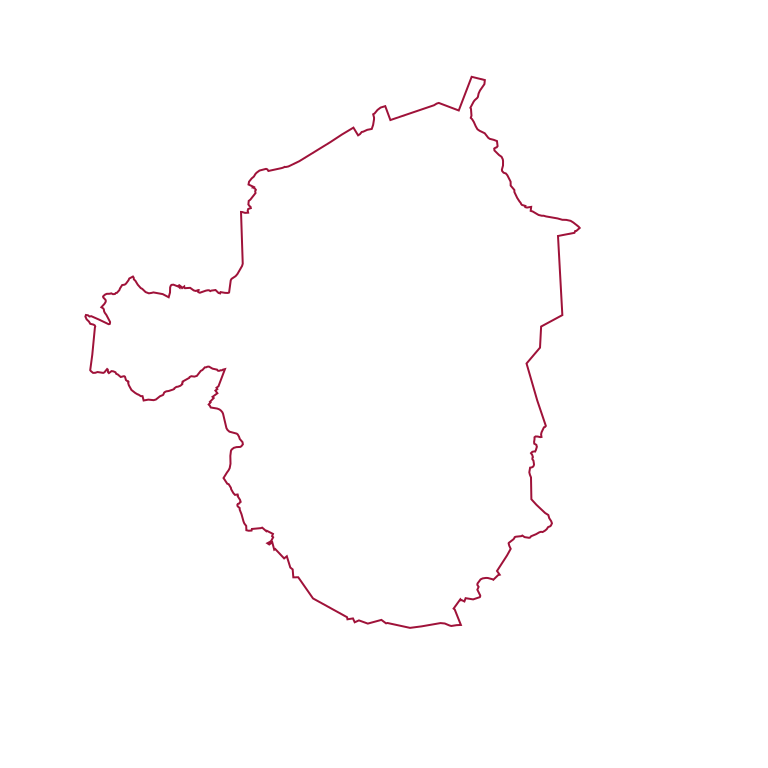 outline of Senguio, Michoacán, Mexico, rotated 240°
{"feature_id": "50627088B60527111015727", "entity_name": "Senguio", "entity_type": "district", "adm_level": 2, "iso_a3": "MEX", "parent_name": "Mexico", "parent_adm1": "Michoacán", "projection": "albers", "projection_center": [-100.328, 19.746], "detail": "fine", "context": "isolated", "style": "outline", "palette": "rose", "viewbox_px": 768, "rotation_deg": 240, "n_neighbors": 0, "source": "geoboundaries", "source_scale": "gbopen_adm2", "svg_char_len": 6166}
<svg xmlns="http://www.w3.org/2000/svg" viewBox="0 0 768 768"><g transform="rotate(240 384 384)"><path d="M623.0,509.5L619.7,508.6L618.2,507.7L613.8,504.1L611.0,500.9L612.5,496.6L612.9,492.2L613.4,490.7L612.4,488.1L612.3,485.9L621.3,485.7L621.1,472.4L620.3,458.5L619.3,422.0L620.2,410.0L621.0,407.5L621.8,406.4L621.7,405.5L622.1,403.5L626.3,390.4L628.2,390.3L629.3,389.4L631.1,382.9L630.7,379.4L630.2,377.7L628.7,375.0L628.2,372.2L626.7,368.3L624.5,366.4L619.8,369.7L619.6,368.8L619.1,369.4L618.3,369.5L618.1,369.9L616.2,370.1L615.5,368.9L613.6,368.2L610.5,360.5L610.2,358.4L607.3,356.3L605.4,356.5L604.2,357.0L602.9,356.6L603.5,354.0L602.4,352.7L600.3,352.0L601.7,349.2L603.9,347.1L604.5,346.2L558.8,321.8L557.2,320.1L552.5,312.0L551.6,309.4L551.3,304.7L551.0,304.0L550.4,303.1L540.7,295.6L540.9,294.3L542.5,291.8L545.3,288.4L544.4,287.4L545.6,286.2L549.6,285.1L551.2,281.2L551.3,280.0L552.7,279.3L553.3,278.2L553.9,276.5L555.1,270.2L556.3,269.2L557.2,269.0L558.0,270.4L558.2,270.2L558.7,267.5L560.2,266.0L564.2,264.2L566.5,259.5L567.2,259.2L568.3,259.7L568.0,257.1L569.6,256.8L569.7,257.0L571.9,256.1L571.9,255.6L569.9,255.9L569.4,255.3L570.8,254.9L575.3,251.3L576.1,249.5L575.7,248.4L574.6,247.1L570.2,244.4L566.8,240.9L572.5,237.3L578.6,230.1L579.2,228.0L580.1,225.7L582.8,223.5L587.3,222.2L588.7,221.3L593.1,220.4L597.7,220.3L599.7,219.7L601.3,220.4L602.6,220.3L602.7,216.1L601.6,214.6L599.9,210.7L599.7,209.1L600.6,206.7L598.8,203.2L597.6,201.7L596.5,198.2L596.9,197.2L596.5,195.9L597.3,194.2L598.9,193.1L599.2,191.8L600.7,189.0L600.9,187.3L600.5,185.0L600.0,184.3L599.0,184.2L596.2,184.9L595.0,184.6L594.1,183.7L593.2,182.0L591.8,177.6L589.7,178.7L588.5,178.6L587.1,178.0L585.4,177.8L582.6,178.1L574.8,177.8L573.9,177.3L573.1,176.4L573.5,175.4L582.0,169.6L589.1,164.4L589.7,162.7L591.5,162.0L592.8,160.4L591.7,159.1L588.7,158.8L585.6,159.7L583.0,159.7L580.7,162.1L579.4,162.8L578.2,162.7L577.5,161.9L555.2,146.0L542.9,136.5L541.7,136.6L539.1,137.6L538.1,139.5L537.6,141.9L534.0,146.4L533.9,147.7L535.4,151.7L534.6,152.0L532.1,150.9L531.0,151.2L531.4,154.5L530.2,156.0L528.4,157.3L526.7,157.2L525.4,158.2L521.7,159.5L520.9,162.4L520.4,163.1L519.7,163.3L516.5,162.5L515.0,163.1L514.3,163.8L513.9,163.8L513.5,163.8L513.0,163.0L510.5,162.4L505.1,162.3L500.6,164.1L498.1,165.5L497.7,166.0L495.1,167.3L494.2,168.8L489.9,167.6L488.3,172.1L485.2,176.4L484.6,178.7L485.4,183.9L485.0,186.9L485.1,187.5L486.4,189.2L486.6,190.1L486.5,191.8L485.6,194.0L484.7,198.5L484.6,199.8L485.1,200.3L485.3,202.8L484.7,204.2L484.3,206.8L484.7,209.2L485.6,209.5L485.9,210.4L486.8,210.8L486.7,218.4L487.2,219.1L487.2,219.6L487.1,221.0L485.2,223.5L484.6,226.0L487.0,231.9L486.9,233.7L488.0,237.2L487.4,238.2L487.3,239.6L486.6,241.1L483.0,243.2L479.9,246.6L478.8,246.7L478.2,247.2L477.8,247.9L477.6,249.3L476.9,250.4L477.0,251.5L476.4,253.7L464.8,239.5L464.5,237.0L462.9,237.1L462.6,234.7L459.3,235.1L458.6,229.1L457.0,229.5L455.6,224.4L454.8,224.6L453.9,221.9L452.2,222.3L450.3,222.2L446.1,227.3L444.2,228.8L442.5,229.5L440.3,229.9L438.6,229.7L424.6,225.5L422.5,225.5L420.0,226.3L414.7,231.6L413.5,232.1L410.8,232.1L408.5,231.6L404.4,232.4L402.3,231.6L401.4,229.3L401.4,228.0L403.1,224.7L403.8,222.0L403.4,219.3L402.7,218.1L398.6,215.0L391.7,211.2L388.3,208.3L386.9,206.1L385.9,203.8L382.8,198.0L376.0,198.4L374.9,199.4L370.6,199.5L369.2,199.0L364.8,199.0L362.5,199.5L361.5,202.0L360.3,201.7L359.9,201.2L355.6,201.4L353.6,200.9L353.6,200.0L352.9,199.0L353.2,197.4L352.6,196.5L351.2,196.1L348.8,197.0L347.3,196.2L342.5,195.5L335.2,193.6L333.1,193.3L330.0,193.7L326.2,191.7L324.6,193.4L323.3,196.0L324.5,197.1L320.8,205.2L320.5,206.7L315.3,208.5L315.5,209.1L309.7,212.9L308.2,211.0L306.7,211.4L304.6,208.0L304.3,206.5L304.4,203.4L302.4,204.4L302.8,208.1L295.4,206.1L295.5,207.3L282.9,210.3L283.4,213.7L271.9,211.1L269.1,212.2L261.9,208.8L259.5,213.1L233.8,215.3L200.5,235.4L198.5,234.7L196.5,239.9L192.3,239.5L191.8,244.1L184.6,250.2L181.0,263.8L175.7,266.1L175.3,267.5L159.8,284.6L155.3,295.4L148.7,313.4L146.2,316.9L142.1,320.0L140.8,321.3L138.8,326.4L136.9,330.1L153.3,332.5L154.7,332.0L159.4,342.5L158.4,342.6L158.5,342.9L155.5,344.9L157.7,347.6L152.9,353.5L151.5,360.4L152.3,361.4L152.9,361.6L159.2,362.0L161.0,364.5L163.4,364.4L164.5,365.3L166.5,370.0L166.3,372.3L165.1,375.3L164.1,376.9L160.5,380.5L159.8,380.8L161.4,387.2L161.0,388.8L165.6,388.4L174.0,404.8L177.9,411.3L181.2,411.6L183.6,412.2L184.0,412.6L184.8,418.4L185.2,419.5L186.0,420.6L185.8,421.9L183.6,426.8L183.6,428.0L181.1,429.2L178.3,432.7L178.0,433.7L178.6,435.3L177.9,440.6L177.9,444.4L177.5,446.1L176.5,447.3L176.5,450.0L176.9,452.3L178.0,454.5L177.7,457.0L178.1,458.0L179.4,459.8L181.6,460.2L185.1,460.0L188.4,460.8L191.8,459.0L203.2,455.6L210.5,454.0L229.6,464.6L232.5,465.0L234.9,465.7L238.5,468.7L237.9,470.3L237.9,471.9L238.5,472.9L239.3,473.7L242.9,475.1L244.6,474.9L245.7,475.5L246.2,476.4L248.5,476.9L250.6,476.7L251.1,478.6L250.3,480.9L250.0,481.1L250.7,482.3L253.2,485.0L255.2,485.5L257.2,484.3L258.9,485.1L261.0,486.8L262.6,487.7L262.8,489.0L261.6,490.9L259.9,492.7L259.4,493.9L261.9,494.9L263.4,496.3L266.5,500.8L266.3,502.0L266.8,503.2L293.2,508.5L330.5,517.7L337.5,537.3L355.2,548.8L354.5,572.9L425.2,608.7L419.7,624.5L420.9,626.1L420.4,627.1L421.3,631.5L422.9,631.2L429.2,628.7L432.0,627.2L435.0,623.9L437.1,620.5L440.6,617.1L448.2,608.0L449.9,606.4L450.9,604.7L453.1,602.4L459.1,599.0L460.6,597.6L463.8,600.0L465.3,596.1L466.5,594.8L467.2,594.8L467.6,595.4L470.1,593.0L471.0,592.8L472.7,592.9L474.5,592.6L478.6,592.4L485.0,592.9L486.9,593.9L492.5,592.9L495.9,594.8L503.1,595.2L505.4,594.8L507.2,593.2L509.4,592.8L510.6,593.2L513.7,596.3L517.6,598.6L519.2,599.2L522.0,599.4L524.8,598.1L531.0,596.4L532.8,597.2L532.9,598.7L532.6,599.9L533.2,601.3L537.9,603.3L540.6,601.1L543.4,598.2L545.0,597.4L550.8,596.6L555.5,593.4L557.9,592.3L561.3,592.3L566.0,592.8L569.3,592.7L571.1,592.2L572.6,593.9L578.8,596.9L580.0,596.9L583.7,602.8L584.4,604.4L585.1,607.7L585.7,608.9L588.3,611.2L590.2,613.9L593.5,620.9L596.8,623.3L606.2,613.5L583.5,585.5L600.0,572.0L600.5,569.8L600.4,566.7L609.4,521.5L624.0,524.0L625.1,519.3L624.6,515.4L623.0,511.1L623.0,509.5Z" fill="none" stroke="#9f1239" stroke-width="2"/></g></svg>